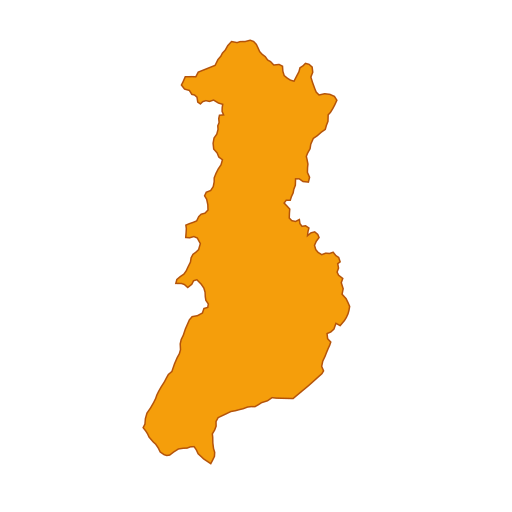 Ibirapitanga, Bahia, Brazil (Natural Earth projection), rotated 9°
{"feature_id": "56859067B82282843362719", "entity_name": "Ibirapitanga", "entity_type": "district", "adm_level": 2, "iso_a3": "BRA", "parent_name": "Brazil", "parent_adm1": "Bahia", "projection": "natural_earth1", "projection_center": [-39.442, -14.059], "detail": "fine", "context": "isolated", "style": "filled", "palette": "amber", "viewbox_px": 512, "rotation_deg": 9, "n_neighbors": 0, "source": "geoboundaries", "source_scale": "gbopen_adm2", "svg_char_len": 3656}
<svg xmlns="http://www.w3.org/2000/svg" viewBox="0 0 512 512"><g transform="rotate(9 256 256)"><path d="M331.6,240.2L328.3,242.0L324.4,242.3L320.7,244.4L316.7,242.7L314.0,240.3L312.1,236.3L313.2,232.1L315.4,227.9L313.6,225.0L310.2,223.0L306.7,224.5L303.7,227.9L303.5,223.9L303.9,220.1L300.2,218.4L296.8,219.5L294.3,217.1L293.1,213.2L289.7,215.7L285.8,215.5L282.9,213.3L282.3,208.3L282.0,204.4L278.9,201.9L275.5,199.3L277.1,196.2L281.1,195.6L281.7,191.8L282.8,187.9L282.9,184.2L283.8,180.0L283.0,173.6L286.6,173.0L290.8,175.1L296.2,174.8L296.6,169.9L293.7,165.4L293.1,160.8L292.9,157.1L291.5,153.2L290.1,149.7L290.9,146.2L292.6,141.6L292.6,137.0L294.2,130.9L297.7,127.6L301.2,123.4L304.6,120.1L305.1,115.9L306.0,111.7L305.2,105.3L307.1,102.4L308.8,98.3L310.1,94.5L311.5,89.5L308.5,86.1L303.7,84.8L298.4,85.0L293.1,87.1L289.8,84.7L287.9,81.6L284.7,75.8L282.2,70.7L283.3,65.6L281.9,60.6L278.4,58.4L274.7,58.0L272.7,60.8L270.0,63.2L269.6,67.2L267.8,72.5L266.2,77.4L262.4,76.9L259.0,75.4L255.6,73.4L253.6,69.3L252.5,64.4L248.8,63.2L243.7,64.6L239.9,61.7L236.8,60.6L234.0,57.7L230.3,55.7L227.6,53.5L225.6,50.4L223.2,46.9L220.1,44.5L216.5,43.8L211.7,45.9L206.9,46.7L203.9,48.2L198.3,48.0L195.2,52.6L193.4,57.5L191.1,60.9L190.0,64.2L187.7,67.9L185.8,74.1L170.2,83.4L168.5,88.4L164.5,88.9L161.4,89.5L158.1,90.0L156.7,95.4L155.6,98.8L159.3,102.3L164.3,102.9L167.3,106.4L170.1,106.6L172.9,108.4L174.4,113.1L177.3,114.5L179.2,111.9L182.2,110.4L185.9,110.6L189.7,108.6L195.0,110.8L199.4,111.4L199.4,114.8L199.9,118.5L201.9,121.7L197.9,122.7L197.7,126.1L198.7,130.0L197.9,133.4L198.7,136.9L198.2,141.8L196.1,146.0L196.0,151.4L197.5,157.0L201.5,160.3L203.8,164.1L207.8,166.2L207.2,171.4L205.1,175.9L203.6,180.5L202.5,185.4L203.1,189.3L202.9,194.2L201.0,198.4L196.9,200.8L195.8,204.6L198.4,207.7L200.4,212.9L201.4,218.1L198.9,221.7L195.3,223.3L193.3,226.0L191.9,230.6L188.7,232.6L185.1,234.5L181.9,236.5L182.9,239.8L183.3,243.7L183.7,248.7L187.6,248.4L191.6,246.5L195.2,247.4L199.1,252.5L198.3,258.7L196.0,261.7L193.5,264.2L192.2,267.9L192.2,272.3L190.5,277.7L189.4,281.6L187.6,285.2L184.4,288.2L181.5,291.6L181.1,295.6L186.8,294.8L189.8,295.4L193.5,297.8L197.0,294.0L198.2,290.2L201.3,288.7L206.3,292.4L209.5,295.8L211.4,299.8L212.3,304.2L213.4,307.6L216.4,310.8L216.4,314.3L212.8,316.0L212.0,320.7L207.5,324.1L202.4,325.9L200.2,329.5L199.1,333.7L197.7,339.0L196.6,345.6L195.2,350.2L194.9,354.6L196.1,360.4L195.6,364.5L194.1,368.6L192.4,375.2L191.0,383.2L188.0,386.7L186.6,390.5L185.2,394.7L182.8,400.2L181.0,405.0L179.8,408.9L179.2,412.4L177.9,416.6L175.6,422.6L172.9,428.2L172.2,433.9L172.6,439.4L171.4,443.2L174.5,446.1L176.8,448.7L178.7,451.6L181.3,453.8L183.7,455.8L186.3,457.5L189.5,460.9L192.1,464.6L196.3,466.6L199.1,467.0L201.9,466.1L205.4,462.4L209.6,458.7L214.4,457.2L218.0,456.5L221.2,454.7L224.7,454.0L227.3,456.7L229.8,460.4L233.1,462.6L236.0,464.6L239.7,466.3L243.8,468.2L245.1,464.4L246.3,460.4L245.9,456.4L244.2,452.9L242.6,447.4L241.6,441.8L240.7,438.5L242.4,434.3L243.2,430.3L242.4,425.7L243.9,421.5L255.6,413.5L259.9,412.0L263.9,410.2L267.1,408.9L271.3,406.5L274.8,405.5L278.5,405.0L281.5,402.6L284.4,400.0L290.0,397.2L294.0,393.4L298.2,393.2L314.9,391.0L323.0,381.7L328.2,375.8L339.5,361.9L340.7,358.9L338.1,354.7L338.4,349.3L339.9,344.2L340.6,340.9L341.8,335.9L342.7,332.8L343.3,329.3L339.7,326.5L338.3,321.5L341.8,319.3L344.4,316.0L345.5,310.0L350.0,311.6L353.4,306.0L354.8,302.7L355.9,298.8L356.3,295.4L356.4,291.2L354.2,287.7L351.7,284.1L347.0,280.3L347.2,274.7L344.4,269.0L345.2,264.6L340.6,262.1L338.6,259.2L339.4,255.0L337.9,250.8L340.0,248.6L337.9,244.5L334.8,243.1L331.6,240.2Z" fill="#f59e0b" stroke="#b45309" stroke-width="1.5"/></g></svg>